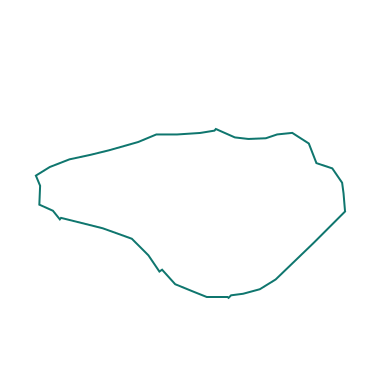 Gnesta, Södermanland, Sweden (Mercator projection), rotated 135°
{"feature_id": "70781695B66296838510215", "entity_name": "Gnesta", "entity_type": "district", "adm_level": 2, "iso_a3": "SWE", "parent_name": "Sweden", "parent_adm1": "Södermanland", "projection": "mercator", "projection_center": [17.173, 59.086], "detail": "fine", "context": "isolated", "style": "outline", "palette": "teal", "viewbox_px": 384, "rotation_deg": 135, "n_neighbors": 0, "source": "geoboundaries", "source_scale": "gbopen_adm2", "svg_char_len": 673}
<svg xmlns="http://www.w3.org/2000/svg" viewBox="0 0 384 384"><g transform="rotate(135 192 192)"><path d="M241.0,91.3L237.4,91.3L227.8,83.9L212.8,75.3L194.7,71.0L141.3,70.0L97.5,70.0L97.4,70.2L85.8,83.9L79.3,92.4L76.1,109.5L83.6,124.4L75.1,143.7L79.3,162.9L91.1,172.5L101.8,177.8L114.6,189.6L123.1,200.3L130.6,219.7L132.7,219.5L144.5,228.0L161.6,243.0L176.5,257.9L194.7,265.4L221.4,280.3L237.4,290.0L255.5,301.7L274.8,310.2L290.8,314.0L295.0,303.8L308.9,291.0L303.6,277.1L304.8,266.1L302.9,266.3L280.8,229.5L267.6,201.5L267.6,178.1L271.3,158.8L268.1,158.2L269.1,138.7L261.5,120.6L255.8,107.3L241.1,92.6L241.0,91.3Z" fill="none" stroke="#0f766e" stroke-width="2"/></g></svg>